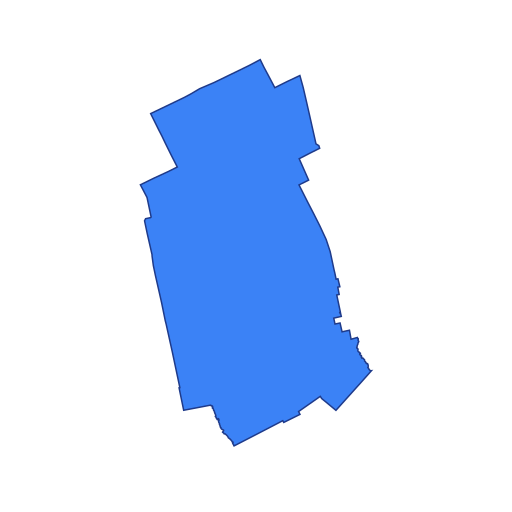 outline of San Andrés de Giles, Buenos Aires, Argentina, rotated 110°
{"feature_id": "61730980B42439794948491", "entity_name": "San Andrés de Giles", "entity_type": "district", "adm_level": 2, "iso_a3": "ARG", "parent_name": "Argentina", "parent_adm1": "Buenos Aires", "projection": "orthographic", "projection_center": [-59.325, -34.427], "detail": "fine", "context": "isolated", "style": "filled", "palette": "blue", "viewbox_px": 512, "rotation_deg": 110, "n_neighbors": 0, "source": "geoboundaries", "source_scale": "gbopen_adm2", "svg_char_len": 5418}
<svg xmlns="http://www.w3.org/2000/svg" viewBox="0 0 512 512"><g transform="rotate(110 256 256)"><path d="M130.8,234.7L130.1,238.0L125.7,240.8L104.8,254.2L93.8,261.3L81.5,269.3L71.4,276.5L81.4,286.4L91.4,295.9L81.7,306.6L75.9,313.1L70.0,319.2L79.1,327.4L107.3,354.7L112.0,359.7L118.1,366.2L126.6,373.2L132.0,378.1L158.2,403.7L170.7,390.6L175.6,385.3L181.0,379.8L189.8,370.6L199.3,360.4L207.0,367.7L217.2,378.0L228.6,389.0L237.0,379.8L238.3,378.4L255.2,367.9L256.0,368.2L258.7,372.5L261.0,372.8L272.1,365.9L290.4,354.1L291.5,353.7L300.1,349.2L308.8,343.8L322.9,334.7L332.4,328.6L347.9,319.1L350.5,317.3L375.0,301.7L405.8,282.5L406.2,283.2L425.7,271.2L411.7,247.7L411.7,247.4L411.8,247.2L412.0,247.1L412.0,246.9L412.1,246.7L412.1,246.3L411.9,246.2L411.9,245.9L411.9,245.7L412.1,245.4L412.3,245.3L412.5,245.2L412.9,245.3L413.0,245.2L413.1,244.9L413.4,244.7L413.8,244.9L413.9,244.7L413.9,244.3L413.9,244.1L414.2,243.9L414.4,243.8L414.5,243.7L414.8,243.4L415.1,243.2L415.4,243.1L415.5,243.0L415.6,242.7L415.8,242.6L415.9,242.3L416.1,242.1L416.4,241.9L416.6,241.7L416.9,241.6L417.1,241.5L417.3,241.3L417.5,241.0L417.7,240.9L418.0,240.8L418.1,240.7L418.3,240.3L418.5,240.2L418.8,239.8L419.0,239.7L419.4,239.6L419.5,239.4L419.9,239.1L420.1,239.1L420.3,239.0L420.5,239.0L420.8,239.2L421.1,238.7L421.3,238.2L421.5,238.0L421.7,237.9L422.1,237.7L422.3,237.4L422.4,237.1L422.5,236.8L422.8,236.7L423.0,236.5L423.0,236.2L422.9,235.9L422.7,236.0L422.5,235.9L422.3,236.0L422.1,236.1L421.8,236.1L421.7,235.9L421.7,235.7L421.8,235.5L421.9,235.3L422.0,235.2L422.3,235.0L422.5,234.9L422.8,234.7L423.1,234.6L423.4,234.8L423.6,234.8L423.8,234.8L424.0,234.7L424.3,234.6L424.5,234.5L424.6,234.4L424.8,234.3L424.9,234.1L425.2,233.9L425.3,233.8L425.4,233.7L425.5,233.6L425.6,233.4L425.7,233.2L425.8,233.1L426.0,233.0L426.1,232.9L426.4,232.9L426.7,232.8L426.8,232.7L427.0,232.5L427.1,232.3L427.4,232.0L427.6,231.9L427.9,231.6L428.1,231.6L428.4,231.3L428.6,231.1L428.8,231.1L429.0,231.0L429.1,230.9L429.3,230.5L429.3,230.2L429.5,230.0L430.0,229.9L430.1,229.7L430.3,229.4L430.4,229.1L430.5,228.9L430.5,228.7L430.5,228.4L430.5,228.2L430.6,227.7L430.6,227.4L430.7,227.2L430.8,226.8L431.0,226.7L431.4,226.7L431.5,226.8L431.9,226.8L432.1,226.8L432.3,226.8L432.4,227.0L432.6,227.1L432.8,227.2L433.0,227.2L433.2,226.8L433.2,226.5L433.2,226.3L433.3,226.0L433.4,225.9L433.6,225.6L433.8,225.4L434.0,225.2L434.0,224.8L433.8,224.6L433.7,224.4L433.7,224.1L433.8,223.8L434.0,223.4L434.1,223.1L434.2,222.9L434.3,222.7L434.4,222.4L434.6,222.0L434.8,221.7L435.0,221.2L435.2,220.9L435.4,220.7L435.5,220.6L435.8,220.2L436.0,220.1L436.2,219.9L436.3,219.8L436.4,219.5L436.4,219.3L436.5,219.1L436.6,218.7L436.6,218.4L436.8,218.1L436.9,217.8L436.9,217.6L437.0,217.5L437.2,217.4L437.3,217.1L437.4,216.8L437.5,216.6L437.5,216.4L437.8,216.1L437.9,215.9L438.0,215.7L438.2,215.3L438.4,215.1L438.5,215.1L438.7,214.9L438.8,214.8L438.9,214.6L438.8,214.4L438.7,214.2L438.8,213.9L439.0,213.8L439.4,214.0L439.5,214.1L439.8,214.0L440.0,213.8L440.1,213.6L440.3,213.5L440.4,213.4L440.5,213.3L440.6,213.1L440.8,212.9L441.0,212.7L441.2,212.3L441.4,212.2L441.6,212.1L441.9,211.9L442.0,211.7L422.5,193.7L401.6,174.5L402.9,173.0L389.8,160.5L387.6,162.8L365.9,147.6L367.5,145.5L371.0,135.6L373.7,128.1L335.7,112.8L324.3,108.3L324.5,108.7L324.7,109.3L324.4,109.8L324.3,110.0L324.1,110.5L323.9,111.0L323.4,111.4L323.0,111.9L322.9,112.2L322.7,112.6L322.5,112.8L321.9,112.6L320.4,113.2L320.1,113.3L319.9,113.6L319.6,113.9L319.4,114.0L319.2,114.1L319.0,114.4L319.0,114.6L319.0,114.8L319.2,115.1L319.3,115.4L319.2,115.6L319.0,115.8L318.9,115.9L318.7,116.0L318.6,116.4L318.4,116.5L318.2,116.6L318.1,116.8L317.9,117.1L317.9,117.3L317.8,117.5L317.6,117.9L317.5,118.1L317.3,118.1L317.1,118.2L316.7,118.3L316.4,118.5L316.2,118.9L316.1,119.2L316.0,119.3L316.0,119.6L315.8,119.8L315.7,120.0L315.5,120.3L315.4,120.5L315.3,120.9L315.4,121.1L315.6,121.3L315.8,121.5L315.7,121.7L315.6,121.9L315.4,122.1L315.2,122.3L314.8,122.5L314.6,122.6L314.4,122.4L314.2,122.4L313.9,122.6L313.6,122.9L313.5,123.0L313.4,123.2L313.4,123.5L313.5,123.6L313.5,123.8L313.4,124.0L313.3,124.3L313.2,124.6L313.0,124.8L312.9,124.8L312.8,125.0L312.5,125.1L312.4,125.0L312.3,124.9L312.2,124.7L311.8,124.6L311.7,124.6L311.6,124.8L311.6,125.0L311.6,125.3L311.4,125.5L311.1,125.9L311.1,126.1L311.0,126.3L311.1,126.7L311.0,126.9L310.9,127.1L310.8,127.3L310.7,127.4L310.6,127.6L310.4,127.7L310.1,127.9L309.8,128.0L309.7,128.1L309.1,128.2L308.8,128.2L308.7,128.3L308.4,128.5L308.3,128.8L308.3,129.2L308.2,129.4L308.1,129.6L307.9,129.6L307.9,129.8L307.7,130.0L307.3,130.1L307.1,130.0L306.9,130.0L306.7,130.0L306.4,130.1L306.2,130.1L305.6,130.2L305.3,130.3L305.0,130.2L304.6,130.2L304.3,130.1L303.7,130.2L303.3,130.3L303.1,130.3L302.9,130.3L302.6,130.4L302.2,130.3L302.0,130.2L301.8,130.2L301.4,130.2L301.1,130.2L300.9,130.4L300.8,130.7L300.7,130.9L300.6,131.0L300.4,131.2L300.0,131.3L299.6,131.5L299.4,131.4L299.2,131.5L298.8,131.6L298.7,131.7L298.8,132.0L298.7,132.2L298.6,132.4L298.3,132.6L297.9,132.9L301.7,138.2L293.8,142.8L297.8,149.2L290.2,154.1L292.9,158.5L287.8,161.7L283.6,155.2L281.1,156.8L281.3,157.2L280.4,158.0L279.9,157.5L265.0,166.8L263.7,164.7L257.3,168.5L256.2,166.7L249.4,171.2L250.4,172.8L245.2,176.0L242.5,177.8L226.5,187.8L216.5,195.7L205.7,206.5L196.3,216.5L187.0,226.6L185.3,228.4L174.5,239.9L166.7,232.5L149.8,248.7L140.4,240.0L133.0,233.0L130.8,234.7Z" fill="#3b82f6" stroke="#1e3a8a" stroke-width="1.5"/></g></svg>